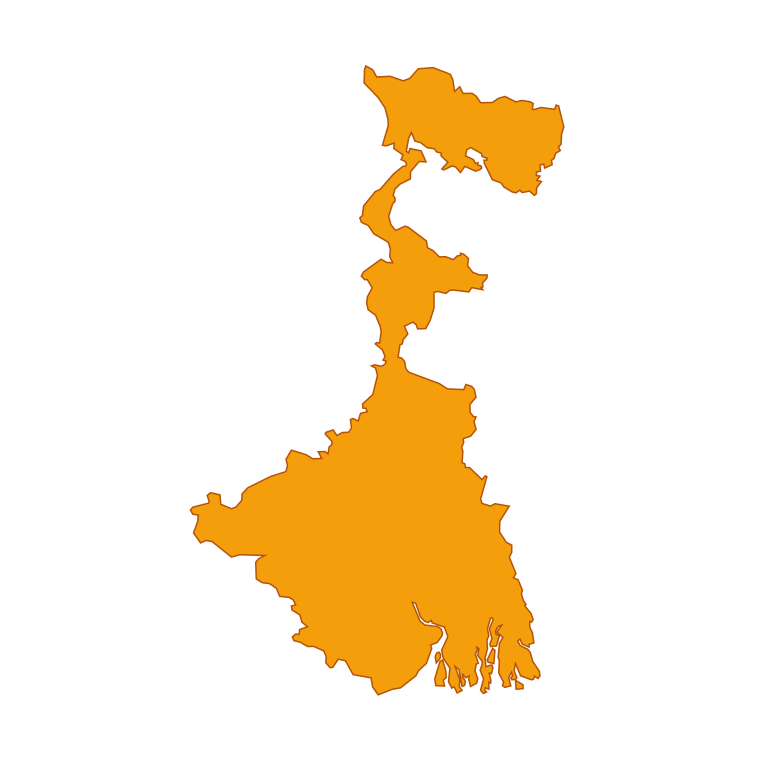 outline of West Bengal, rotated 354°
{"feature_id": "IND-3257", "entity_name": "West Bengal", "entity_type": "State", "adm_level": 1, "iso_a3": "IND", "parent_name": "India", "parent_adm1": "", "projection": "mercator", "projection_center": [88.164, 24.386], "detail": "fine", "context": "isolated", "style": "filled", "palette": "amber", "viewbox_px": 768, "rotation_deg": 354, "n_neighbors": 0, "source": "natural_earth", "source_scale": "10m", "svg_char_len": 6160}
<svg xmlns="http://www.w3.org/2000/svg" viewBox="0 0 768 768"><g transform="rotate(354 384 384)"><path d="M465.9,74.5L482.4,83.0L484.2,88.5L484.8,100.4L490.4,96.3L493.0,103.3L502.0,104.1L505.9,107.6L509.6,114.4L521.3,115.4L527.5,111.9L534.4,110.7L544.6,117.2L550.9,116.4L559.1,118.7L561.7,120.7L560.3,125.8L561.5,126.8L569.1,125.4L582.5,128.6L584.3,124.6L586.7,125.7L589.7,147.1L586.7,154.1L585.1,164.1L582.3,166.5L583.7,170.3L578.9,172.4L576.6,177.6L573.9,179.0L574.2,183.4L566.4,186.1L565.9,182.1L561.9,182.5L562.0,188.7L557.8,189.1L557.4,192.6L560.9,193.6L557.2,197.4L561.7,199.1L556.4,204.7L555.4,210.7L553.3,212.1L548.9,207.4L541.4,208.0L539.4,205.5L535.4,207.6L531.7,206.5L523.9,200.7L521.3,196.1L513.1,192.2L506.8,174.8L506.8,171.8L509.4,172.3L510.2,170.3L505.4,168.1L505.1,165.0L494.8,157.9L490.9,159.7L488.9,165.6L496.4,170.2L498.0,174.3L500.6,173.7L500.2,176.2L503.3,177.3L503.8,179.4L501.8,180.8L497.3,181.9L487.2,176.0L482.1,181.7L478.0,175.7L474.3,174.3L465.7,177.4L464.0,176.1L470.7,170.2L464.6,163.1L465.0,160.4L460.5,158.6L458.4,155.2L451.9,153.6L445.4,147.6L440.2,145.7L437.6,136.8L434.3,141.9L430.5,154.8L432.6,156.7L434.4,152.6L445.3,156.0L449.0,167.5L442.3,166.4L432.7,175.5L431.6,182.9L420.8,186.9L415.2,191.4L412.8,197.6L414.5,200.3L413.9,203.7L411.4,205.7L406.2,217.6L407.5,226.2L411.5,232.5L421.6,229.2L424.9,231.0L441.1,246.1L441.5,253.0L446.7,256.4L452.3,263.4L458.7,263.9L466.0,267.6L470.1,264.3L473.8,263.9L473.7,262.0L476.8,263.2L481.1,268.0L479.5,275.1L483.8,282.1L490.0,285.4L498.1,286.4L497.3,289.7L492.6,293.7L492.5,297.8L490.7,298.2L492.1,300.6L481.3,297.3L478.0,301.3L462.8,297.8L459.2,297.7L455.2,300.3L446.7,297.5L443.3,298.1L441.7,313.6L436.6,325.4L431.3,333.3L423.2,332.7L422.2,328.4L419.1,325.4L410.3,328.7L412.9,336.7L407.6,342.1L406.4,346.0L404.0,346.7L400.8,358.8L404.4,360.1L406.9,363.9L407.3,371.0L409.8,374.9L439.2,389.5L446.7,395.5L462.8,397.9L465.4,393.0L470.9,395.5L473.2,398.7L474.1,406.8L467.2,413.4L466.8,421.4L469.5,425.7L472.0,426.3L469.6,431.0L470.9,438.8L464.7,444.9L457.1,446.6L457.1,450.6L454.5,455.4L455.4,459.2L453.4,470.5L455.9,471.6L456.4,475.6L460.3,476.0L471.4,489.3L475.2,485.9L476.6,487.0L468.0,508.6L469.1,513.1L477.1,516.5L481.9,514.7L495.8,518.6L484.8,532.6L483.5,543.5L489.0,554.1L494.2,557.6L493.4,564.8L490.5,569.3L495.4,586.4L492.5,590.4L496.9,592.7L500.1,603.6L498.7,607.0L500.0,613.9L502.2,618.2L500.7,619.2L506.1,627.3L507.7,633.9L505.9,636.2L504.2,635.4L503.5,641.0L505.6,647.0L506.0,657.1L501.1,658.1L500.8,660.8L494.2,657.1L492.6,651.8L490.2,653.7L492.1,658.4L499.4,663.0L501.4,666.4L502.9,675.4L508.4,685.8L508.7,690.3L506.3,693.0L503.2,690.3L501.8,693.3L499.8,693.6L489.4,688.5L485.5,675.8L483.4,682.9L485.5,690.0L484.0,691.5L480.2,691.5L479.4,689.6L481.4,687.7L480.7,684.0L477.3,689.2L478.6,697.4L472.3,698.3L470.2,696.3L471.7,693.0L467.9,683.4L469.8,671.0L468.9,667.8L471.7,654.1L475.8,648.5L470.3,642.5L475.8,636.1L472.1,637.1L468.9,641.5L469.4,644.6L472.6,646.3L468.4,656.3L462.5,656.3L462.1,653.6L464.7,648.4L463.3,638.4L467.7,630.2L467.4,628.1L465.4,628.0L461.3,638.4L462.0,645.1L459.6,649.7L459.2,658.1L456.0,666.6L455.8,675.8L461.8,674.6L462.7,677.6L460.6,683.3L458.5,682.5L459.3,689.9L458.8,692.6L457.1,691.4L456.5,698.5L452.9,696.7L452.2,699.0L453.7,701.1L450.5,702.2L448.0,698.7L452.2,687.7L449.7,678.6L452.5,672.7L452.4,669.6L448.8,663.8L450.7,657.2L448.8,655.6L449.2,657.6L446.6,662.3L448.6,671.6L446.6,672.1L444.5,678.5L446.4,687.1L444.8,691.3L438.4,693.9L437.4,686.2L438.3,683.2L434.6,684.7L432.1,681.0L431.5,682.9L433.9,688.5L432.6,692.2L430.0,692.9L428.8,676.1L425.1,672.3L428.5,685.6L427.3,693.0L429.6,697.0L424.4,698.9L422.7,693.8L421.3,692.5L419.7,693.6L417.0,686.9L419.8,673.4L414.2,662.6L413.5,654.8L421.1,641.9L418.7,632.1L406.9,626.6L406.4,624.1L403.0,625.8L399.5,624.1L395.9,619.4L392.6,605.2L389.2,604.0L395.1,623.6L399.5,628.0L412.0,630.8L414.9,633.3L416.2,637.6L415.3,640.6L409.9,646.6L403.0,648.5L403.8,652.0L397.0,666.3L388.4,672.7L385.2,677.5L368.7,687.9L360.3,688.5L345.7,692.5L341.0,684.2L340.4,674.9L322.9,669.8L316.7,655.2L309.7,652.9L303.4,660.5L300.6,660.4L297.0,655.1L298.0,648.8L296.2,643.1L286.6,637.6L280.6,637.1L273.8,632.1L267.6,629.8L266.4,625.9L270.0,623.5L273.4,624.1L274.4,619.4L282.5,617.4L277.5,612.3L276.2,604.9L268.9,599.1L268.7,595.1L273.1,594.4L271.1,589.3L267.3,586.3L258.1,584.3L255.6,575.9L249.3,570.6L242.0,568.8L236.6,564.5L237.8,547.9L240.9,544.8L247.5,542.1L222.6,538.7L214.3,540.2L196.5,522.7L190.4,521.0L185.0,522.9L179.0,512.2L184.2,501.6L185.6,495.0L180.2,493.5L178.3,489.1L181.0,486.5L196.8,484.2L197.9,482.6L196.5,476.3L200.2,474.0L209.3,477.1L209.1,486.6L219.3,492.1L223.9,490.9L230.3,484.9L231.5,478.3L237.8,472.9L261.6,464.1L277.2,460.9L279.5,455.2L278.7,448.6L285.0,440.1L299.0,446.1L305.5,451.0L314.3,451.5L311.5,444.5L318.2,445.0L321.0,447.6L322.8,441.0L326.0,438.5L326.1,435.5L320.3,427.5L321.3,426.0L328.7,424.3L331.7,430.3L337.6,427.9L343.8,428.3L347.1,424.3L346.9,415.8L349.8,415.1L354.4,418.1L357.6,410.7L364.4,409.9L363.5,406.3L360.6,405.8L360.6,401.6L371.7,393.4L378.4,374.9L377.3,367.3L373.4,364.7L376.6,363.9L383.4,366.2L387.3,364.2L388.5,361.6L385.5,360.1L388.0,357.0L386.0,349.9L379.5,343.2L380.8,342.0L383.9,342.8L386.7,331.4L386.2,326.2L382.8,314.7L376.0,308.5L375.2,301.5L376.7,295.4L382.3,287.1L378.3,278.4L375.8,278.3L372.7,274.3L375.2,270.5L394.2,259.6L399.2,263.3L405.4,264.4L403.0,258.1L404.4,250.6L403.0,243.4L389.6,233.6L385.0,224.8L378.5,220.9L377.3,216.3L380.1,214.3L382.4,204.7L395.6,191.6L400.3,190.2L415.6,176.0L425.3,169.7L428.7,169.3L429.4,167.6L428.2,164.8L424.4,162.6L426.8,158.2L418.4,150.8L419.2,145.5L411.0,147.4L407.4,146.4L415.2,127.6L415.6,121.1L413.9,109.7L408.4,98.8L395.7,82.5L397.5,69.3L399.1,65.8L405.7,70.4L408.8,77.9L422.2,78.6L434.8,84.5L441.5,82.8L451.0,74.1L465.9,74.5ZM403.7,682.5L410.7,665.7L413.5,664.6L415.5,675.9L415.2,682.5L412.0,684.7L412.7,690.7L403.9,689.4L403.7,682.5ZM457.8,669.3L464.4,658.3L466.5,660.5L464.0,673.5L458.5,671.7L457.8,669.3ZM483.8,692.4L490.8,697.6L490.5,701.5L483.5,701.4L483.8,692.4ZM406.8,666.8L406.4,660.8L408.2,657.1L410.7,656.4L412.0,659.0L411.3,662.5L406.8,666.8Z" fill="#f59e0b" stroke="#b45309" stroke-width="1.5"/></g></svg>